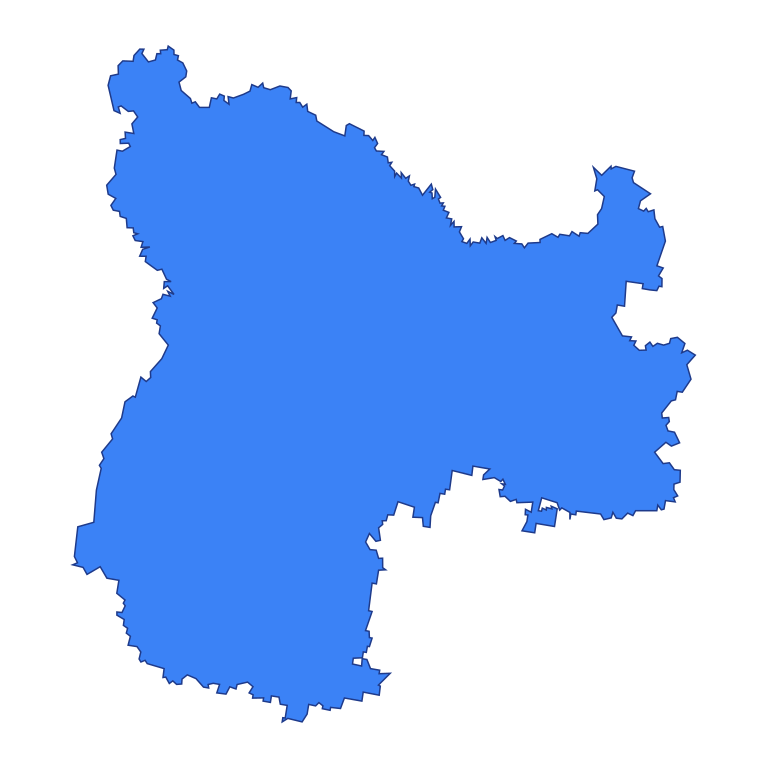 outline of Upper Lachlan, New South Wales, Australia
{"feature_id": "25037944B54834386088268", "entity_name": "Upper Lachlan", "entity_type": "district", "adm_level": 2, "iso_a3": "AUS", "parent_name": "Australia", "parent_adm1": "New South Wales", "projection": "mercator", "projection_center": [149.525, -34.419], "detail": "fine", "context": "isolated", "style": "filled", "palette": "blue", "viewbox_px": 768, "rotation_deg": 0, "n_neighbors": 0, "source": "geoboundaries", "source_scale": "gbopen_adm2", "svg_char_len": 6077}
<svg xmlns="http://www.w3.org/2000/svg" viewBox="0 0 768 768"><path d="M168.2,46.1L167.3,49.7L160.3,50.2L160.7,53.7L156.9,53.7L155.4,60.0L148.4,61.9L141.9,53.6L143.9,49.2L139.8,49.1L134.0,55.5L133.1,61.3L122.8,60.9L118.1,65.7L118.4,74.1L110.6,75.8L108.1,85.3L114.0,110.6L120.1,113.3L118.3,107.0L121.1,105.9L128.3,111.4L133.5,110.9L137.7,117.0L131.9,123.9L133.8,133.5L125.1,132.1L125.5,138.4L120.2,139.6L120.3,143.5L128.7,143.2L130.3,146.5L122.4,151.2L117.0,150.1L114.3,168.1L116.0,174.4L106.7,185.2L108.2,194.2L115.8,198.4L110.9,205.4L113.3,210.2L119.5,211.4L120.2,216.4L126.3,218.4L127.1,227.7L133.2,227.9L133.8,232.7L137.7,233.8L132.9,235.8L135.2,240.5L142.9,241.6L141.1,247.3L149.9,247.0L142.7,249.3L139.7,256.2L146.1,256.3L145.3,261.6L157.3,270.3L161.9,269.2L166.5,279.2L171.1,281.6L164.3,281.6L163.7,288.4L167.6,285.8L174.0,294.4L167.7,291.3L170.2,296.2L163.0,294.3L161.4,298.7L153.1,302.6L157.2,308.0L152.2,318.2L157.2,319.8L156.6,323.1L160.4,325.9L159.1,333.7L168.3,345.1L161.8,358.7L150.4,371.6L150.7,377.5L146.2,381.5L140.9,377.1L135.3,397.2L132.9,396.0L125.0,401.8L121.6,418.0L111.1,433.8L112.6,438.9L101.7,452.2L103.9,458.6L99.4,465.3L101.2,468.4L96.4,490.1L93.8,522.3L77.8,526.8L74.4,556.5L77.5,562.8L72.7,564.8L83.1,567.4L87.0,574.4L100.2,566.7L106.9,578.2L118.9,580.3L116.8,593.3L125.0,600.0L123.3,603.2L125.2,605.8L122.0,612.5L116.9,612.0L116.9,615.2L124.2,619.5L123.4,625.4L127.6,628.3L126.3,633.1L130.4,636.3L128.1,645.2L137.0,646.6L140.8,652.0L139.1,659.0L140.9,662.0L145.1,660.3L147.2,663.6L164.1,668.6L163.0,677.5L165.8,677.1L169.3,683.5L172.8,680.9L176.6,684.4L181.7,684.0L182.0,679.1L187.3,674.9L196.0,678.6L203.5,687.1L208.7,688.0L208.1,684.5L213.2,683.3L219.6,684.4L216.8,692.9L226.0,694.1L229.8,686.8L236.0,689.0L237.1,684.5L247.6,682.1L253.0,686.7L249.1,692.9L253.1,694.8L252.6,698.1L263.6,697.9L263.1,701.1L270.4,702.4L271.4,695.9L279.0,697.1L280.3,704.2L287.2,705.4L285.2,718.0L282.8,717.7L282.2,721.9L287.8,718.4L302.1,721.9L307.1,714.1L308.7,704.4L315.6,705.9L318.9,702.6L322.9,705.8L322.3,708.7L330.1,710.3L330.6,707.4L340.5,708.5L344.4,698.0L361.9,701.1L363.2,692.1L379.2,695.2L380.3,686.1L378.4,685.1L390.2,673.3L379.1,673.7L379.7,670.2L370.5,668.6L366.9,659.5L362.2,658.7L361.6,666.0L352.5,664.0L353.3,658.2L362.4,657.8L363.3,651.9L366.3,652.4L367.4,646.3L369.4,646.6L372.1,638.1L369.4,637.6L369.1,631.3L365.5,630.6L372.1,611.5L368.6,610.7L372.1,583.1L376.4,583.9L378.6,570.2L385.6,569.8L382.7,567.7L382.6,558.2L378.6,558.4L376.2,550.2L370.0,549.6L365.6,542.0L369.4,533.5L375.9,541.3L380.4,540.3L378.6,527.8L382.7,524.4L382.2,520.8L386.2,520.7L387.8,514.8L393.7,515.1L398.0,501.7L414.4,507.2L412.9,517.2L422.5,517.6L423.3,526.3L430.0,527.4L430.7,515.8L435.4,502.3L438.1,502.8L440.0,493.4L444.7,494.2L445.5,489.2L449.6,489.8L452.2,470.5L471.8,475.4L472.9,466.1L489.8,469.0L483.6,474.9L482.9,479.5L494.3,477.6L500.8,481.5L502.9,479.2L505.3,484.3L501.8,483.8L504.5,486.0L502.6,490.0L499.0,489.5L500.2,496.7L505.0,496.3L510.4,501.4L516.2,499.4L516.9,502.7L532.8,502.1L531.2,512.2L525.5,509.3L525.2,514.7L527.9,515.0L526.9,521.6L522.0,530.8L534.7,532.8L536.1,523.4L554.5,526.5L557.2,508.8L551.2,506.2L551.9,508.9L546.4,507.4L546.3,510.0L542.3,508.1L541.5,511.2L538.3,510.7L541.7,497.8L557.1,502.7L559.7,510.1L561.8,507.9L569.9,512.4L569.9,519.5L570.8,514.0L575.8,514.8L576.3,511.1L600.6,514.0L603.9,519.6L611.2,517.9L612.9,512.3L616.3,518.2L621.9,518.9L627.7,513.1L632.9,515.6L635.6,510.7L656.8,510.7L657.8,505.1L661.3,509.8L664.0,509.1L665.5,500.6L675.2,501.9L673.5,497.7L677.7,495.9L673.8,489.6L674.0,484.1L680.0,482.2L680.3,470.3L674.3,469.7L669.4,462.8L663.1,463.6L654.6,452.2L665.9,442.3L671.4,446.1L679.6,442.8L674.5,432.2L668.0,430.9L666.0,425.3L669.3,421.6L668.7,417.5L662.3,418.0L661.7,413.0L671.3,400.9L675.5,399.8L677.2,391.4L682.3,392.2L691.0,379.2L686.8,364.7L695.3,355.1L687.4,350.2L681.7,352.8L684.9,343.5L677.4,337.3L670.7,338.6L669.5,343.3L663.6,345.1L657.4,343.3L652.9,346.4L649.9,342.1L645.4,345.7L646.1,350.1L639.3,350.3L633.8,345.3L635.9,341.0L629.7,340.7L631.5,336.9L622.4,335.9L611.8,317.3L615.9,313.0L617.3,305.0L624.5,306.2L626.2,281.3L643.1,283.7L642.3,288.6L649.9,289.9L656.8,290.6L659.0,286.2L661.9,286.7L662.0,278.6L658.5,275.9L663.2,268.0L656.9,265.8L665.4,241.1L662.7,226.5L659.6,227.2L654.9,218.7L653.9,209.9L648.2,211.7L646.2,208.4L643.7,211.1L638.4,208.6L640.5,200.8L650.5,193.8L633.5,182.6L632.1,177.8L634.5,171.2L615.9,166.4L611.2,168.9L611.0,166.2L601.7,175.3L593.4,167.3L596.8,178.8L594.8,190.9L597.5,189.7L604.3,196.5L601.6,208.6L597.5,214.7L597.9,224.1L587.9,233.4L580.2,232.7L579.1,236.2L572.0,231.6L569.5,235.8L559.8,234.3L558.0,237.3L551.8,233.7L540.0,239.4L540.1,242.5L528.1,243.1L524.4,247.8L521.8,243.9L514.3,243.4L516.3,241.0L509.5,237.6L505.1,240.4L502.9,235.6L497.3,238.5L495.0,236.6L496.2,240.4L490.4,242.5L487.1,237.4L486.1,243.4L481.8,237.8L479.8,243.1L473.2,242.0L470.3,245.8L470.0,239.1L466.8,243.4L461.9,241.6L463.5,238.8L459.4,231.9L461.5,226.7L454.1,226.9L454.0,221.4L450.5,225.4L451.7,218.9L446.4,217.9L448.9,212.4L443.3,210.2L444.9,206.3L441.6,205.9L443.3,202.9L440.0,203.1L438.4,199.0L440.6,197.4L435.5,189.1L434.8,197.3L432.3,198.7L432.0,193.0L429.7,192.2L432.8,189.6L431.3,184.1L422.5,195.2L418.7,188.0L413.9,186.6L414.6,184.1L410.9,185.3L408.3,181.2L409.4,175.9L405.7,178.3L401.2,172.6L401.4,178.1L396.6,173.1L394.7,176.5L394.6,171.1L389.7,165.7L391.8,162.3L388.2,162.8L387.4,157.0L381.5,154.7L383.9,151.4L376.4,151.0L374.5,147.7L377.6,143.5L374.9,137.4L372.8,140.5L368.6,135.6L363.9,135.4L364.1,131.1L349.4,123.7L346.3,125.5L344.8,135.9L333.7,131.7L316.8,121.0L315.7,115.2L307.7,111.4L306.8,104.2L302.7,107.2L299.8,102.5L296.2,102.5L296.7,97.6L290.2,98.9L291.2,90.9L288.0,87.5L279.9,86.0L270.3,89.7L263.7,87.7L262.7,83.1L258.1,87.3L251.8,84.6L250.0,91.1L243.5,94.3L233.4,98.0L228.1,96.6L229.0,104.2L223.9,100.5L224.3,96.1L219.7,94.1L216.8,98.9L211.4,97.8L209.3,107.4L199.5,107.4L195.3,101.8L191.9,103.2L190.4,98.5L181.2,90.5L179.0,82.1L185.8,76.8L186.7,71.0L182.8,62.9L177.5,60.0L178.4,55.7L174.0,54.5L173.9,50.1L168.2,46.1Z" fill="#3b82f6" stroke="#1e3a8a" stroke-width="1.5"/></svg>